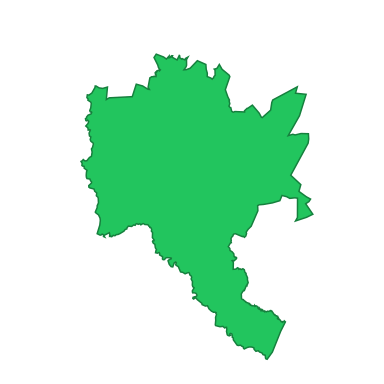 Cadereyta de Montes, Querétaro, Mexico (Mercator projection), rotated 109°
{"feature_id": "50627088B20540299912317", "entity_name": "Cadereyta de Montes", "entity_type": "district", "adm_level": 2, "iso_a3": "MEX", "parent_name": "Mexico", "parent_adm1": "Querétaro", "projection": "mercator", "projection_center": [-99.561, 20.791], "detail": "fine", "context": "isolated", "style": "filled", "palette": "green", "viewbox_px": 384, "rotation_deg": 109, "n_neighbors": 0, "source": "geoboundaries", "source_scale": "gbopen_adm2", "svg_char_len": 5991}
<svg xmlns="http://www.w3.org/2000/svg" viewBox="0 0 384 384"><g transform="rotate(109 192 192)"><path d="M325.7,66.5L317.2,63.9L294.8,62.8L284.4,61.4L283.8,62.8L284.7,62.9L285.0,63.7L285.7,64.1L285.2,64.6L285.6,65.4L284.2,67.2L284.2,68.8L283.6,68.5L283.3,68.9L283.6,69.9L282.4,69.7L282.3,70.3L281.7,70.6L282.0,71.1L281.5,71.7L281.7,72.4L281.6,73.2L281.0,73.6L281.2,74.2L278.5,77.9L279.0,78.1L278.6,79.4L279.2,79.7L280.1,80.9L280.0,81.6L281.2,82.8L280.9,83.7L281.6,84.4L281.0,84.9L281.4,85.2L281.2,86.4L280.7,86.5L280.3,87.6L281.4,87.5L281.1,88.0L281.5,88.3L281.0,88.5L279.7,90.6L280.9,90.3L280.7,91.4L279.3,92.5L278.8,93.5L278.8,94.4L279.3,94.7L279.1,95.2L279.5,95.4L278.8,96.0L279.4,96.1L280.1,98.1L279.8,98.3L280.0,99.7L279.4,100.0L279.6,100.5L279.2,100.7L279.2,101.6L278.7,101.6L278.7,105.1L278.2,105.4L277.8,107.1L277.0,108.6L277.2,109.2L276.8,110.4L272.3,112.2L269.1,111.5L268.7,111.0L268.0,111.0L268.0,110.4L263.3,110.2L262.9,109.4L261.3,109.9L261.0,109.5L259.4,109.4L257.0,111.0L255.0,111.6L252.2,114.2L251.3,114.4L250.6,115.9L248.5,117.2L248.0,118.9L249.3,120.2L249.0,121.4L249.8,122.5L249.0,122.9L248.8,124.3L250.7,125.5L251.7,127.9L245.6,129.8L244.5,130.5L243.9,131.7L243.4,131.1L243.8,130.7L243.5,129.9L240.7,128.3L239.8,128.3L239.4,128.9L239.8,129.8L239.4,129.9L239.4,131.1L236.8,132.4L235.5,134.5L234.9,137.0L233.0,137.9L231.9,139.9L227.8,139.1L227.1,138.3L226.0,139.1L225.0,139.1L223.4,140.0L221.3,139.6L220.2,139.0L218.7,139.1L218.0,138.6L217.3,137.2L217.8,129.8L217.2,129.2L217.8,127.7L216.1,126.8L213.5,126.9L212.4,127.7L209.0,126.8L205.1,124.9L188.3,123.6L183.5,125.5L182.2,124.3L180.5,120.4L176.1,112.4L171.6,106.1L166.0,105.8L165.6,101.0L166.2,97.5L164.0,92.8L163.5,90.2L181.8,84.0L185.7,84.7L178.6,75.4L173.7,70.5L166.1,80.7L163.0,78.3L160.1,77.6L159.3,82.3L156.6,91.1L149.6,91.5L144.0,104.1L108.1,98.1L103.9,98.9L99.0,100.9L101.2,107.9L104.5,113.1L104.6,115.5L107.4,119.4L84.9,115.2L62.5,115.9L64.9,126.3L58.3,126.7L78.7,145.6L81.4,145.7L89.0,144.3L98.8,149.8L98.7,150.8L95.6,154.1L90.2,163.2L94.8,166.6L94.9,167.1L98.1,168.8L99.2,168.3L102.0,177.7L103.2,179.0L102.7,180.8L99.6,182.8L99.8,183.4L98.8,185.0L96.2,185.0L93.7,186.6L92.9,186.5L90.5,189.0L84.4,193.8L70.6,193.8L69.4,195.0L66.2,203.5L62.5,207.7L66.4,208.5L67.3,209.0L68.6,211.0L69.3,209.9L74.2,208.1L75.5,208.8L77.3,208.8L78.0,209.6L78.7,209.7L78.1,211.2L77.9,215.2L74.7,216.2L71.4,218.5L66.9,220.4L66.1,229.7L75.5,234.0L78.1,237.1L79.1,239.4L75.6,238.4L73.9,238.4L68.6,240.3L65.8,239.8L67.8,241.6L69.4,241.8L69.1,244.7L69.7,244.9L69.2,247.0L67.1,248.1L67.0,248.5L72.0,249.1L71.0,254.8L69.5,254.7L69.7,255.5L70.7,256.2L71.8,256.2L72.6,257.4L70.9,257.9L74.6,259.5L73.6,262.8L73.3,270.7L77.2,271.7L83.2,265.6L85.0,264.4L86.3,263.0L86.8,261.7L88.0,262.2L87.5,262.8L88.8,264.6L89.5,264.3L90.1,265.2L90.8,264.7L91.3,265.6L92.9,264.7L92.7,264.3L93.1,263.9L94.6,263.6L94.9,265.5L95.3,265.5L96.1,267.6L97.8,269.0L107.3,267.6L108.9,265.7L109.2,267.2L107.8,273.2L108.2,279.8L121.3,279.5L129.9,300.9L132.5,303.1L120.3,306.1L123.1,310.1L123.8,313.7L123.0,317.4L123.4,318.1L124.5,317.7L131.0,318.9L133.9,321.0L134.2,322.6L137.0,322.1L137.9,320.5L139.1,320.3L139.9,317.1L141.0,316.1L145.5,315.1L148.2,315.2L149.2,314.5L149.4,313.7L149.0,313.1L149.5,312.7L151.1,312.9L153.2,315.3L155.5,316.1L156.4,315.8L157.4,316.6L159.0,315.6L159.0,314.7L158.0,314.1L158.8,312.7L161.0,312.6L164.2,313.9L165.3,311.3L167.3,310.3L166.3,308.9L166.5,308.3L169.8,308.5L172.4,307.2L172.8,305.6L175.6,305.3L176.9,304.2L177.9,301.5L178.6,300.9L182.3,300.6L184.0,301.1L186.8,299.4L191.1,298.7L192.7,300.2L196.6,301.6L197.5,303.3L196.7,305.4L198.2,305.9L199.2,306.9L200.8,305.1L202.7,304.8L203.1,304.0L202.9,302.3L204.6,301.7L205.7,298.3L207.4,298.3L210.5,297.5L212.4,296.7L213.5,295.7L213.0,292.7L214.4,291.6L215.2,290.2L216.3,290.0L219.5,291.7L221.0,291.1L221.4,289.9L221.1,285.6L222.9,284.3L223.9,281.8L226.7,281.2L227.6,279.2L228.3,278.7L232.8,276.9L235.9,277.2L237.5,276.6L242.5,276.9L243.0,276.2L244.1,272.9L246.7,270.4L248.8,269.4L253.3,268.4L262.3,268.1L262.7,264.9L262.3,264.0L261.1,263.3L261.1,262.5L261.3,261.8L262.9,261.2L263.0,260.0L262.5,260.6L261.3,260.7L257.4,256.9L258.4,256.2L260.7,255.5L260.0,254.7L260.6,254.1L260.4,253.3L258.6,252.4L258.7,251.5L258.2,250.4L256.9,249.7L256.3,248.2L254.8,246.6L251.2,243.6L249.2,243.0L248.1,241.6L247.1,241.8L245.0,241.1L244.2,237.8L242.2,236.5L242.0,234.9L240.4,234.5L239.9,233.9L240.1,232.3L239.0,231.0L239.7,229.7L237.9,228.2L237.7,227.4L238.1,226.1L237.3,223.1L238.4,221.5L238.6,220.5L239.3,220.3L239.3,219.0L240.4,218.0L242.2,217.7L243.2,216.1L248.0,214.6L249.7,212.2L250.5,212.1L251.0,213.2L251.7,213.2L253.1,211.8L253.5,210.1L256.7,208.5L258.1,206.8L259.3,207.0L261.3,206.7L261.1,204.8L259.9,203.3L260.4,202.7L262.1,202.1L262.7,198.8L265.0,198.1L265.4,197.2L264.8,195.9L263.3,195.6L262.2,194.4L261.2,190.6L261.3,190.0L262.0,189.9L263.9,191.9L264.8,192.3L267.9,189.9L269.4,187.4L269.1,185.8L264.6,185.7L263.5,184.6L264.0,183.8L265.7,183.8L266.5,183.2L267.0,180.7L271.3,176.8L271.0,174.5L271.6,171.9L270.0,170.1L269.2,168.7L269.4,168.1L271.1,167.1L271.6,165.5L272.7,164.5L274.5,164.5L276.5,162.4L279.9,161.4L281.3,160.4L281.9,158.8L285.3,159.5L286.7,158.9L287.2,158.3L286.6,157.3L286.5,155.2L287.8,153.7L289.1,153.8L291.2,156.7L292.3,156.6L292.7,155.7L291.1,154.3L291.0,153.4L292.0,152.1L294.0,146.5L295.2,145.8L295.5,142.2L294.5,140.3L296.9,138.0L298.3,134.9L298.7,132.5L298.1,131.0L298.2,129.9L298.8,130.0L299.7,129.0L302.9,128.9L305.6,127.8L310.1,126.7L310.6,126.1L310.3,121.7L309.0,119.0L309.9,116.8L308.9,115.9L308.7,115.3L310.4,114.4L312.6,114.0L315.5,112.2L315.9,111.3L315.9,109.9L315.0,109.0L314.5,109.9L313.5,110.0L313.1,109.4L313.2,108.2L314.8,107.0L316.2,106.7L316.6,105.4L318.3,104.8L322.1,99.5L322.1,98.3L321.0,96.1L321.5,95.1L321.8,93.0L323.0,92.4L323.4,91.5L321.1,89.2L319.9,87.5L319.2,85.3L319.1,82.9L320.6,82.0L321.8,79.7L320.5,77.6L321.3,76.1L321.4,73.5L322.7,71.8L322.5,69.7L325.3,68.3L325.7,67.8L325.7,66.5Z" fill="#22c55e" stroke="#15803d" stroke-width="1.5"/></g></svg>